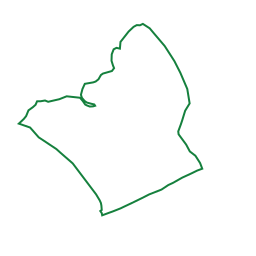 outline of Ngerchemai, Koror, Palau, rotated 320°
{"feature_id": "81905179B39054061568345", "entity_name": "Ngerchemai", "entity_type": "district", "adm_level": 2, "iso_a3": "PLW", "parent_name": "Palau", "parent_adm1": "Koror", "projection": "natural_earth1", "projection_center": [134.491, 7.348], "detail": "fine", "context": "isolated", "style": "outline", "palette": "green", "viewbox_px": 256, "rotation_deg": 320, "n_neighbors": 0, "source": "geoboundaries", "source_scale": "gbopen_adm2", "svg_char_len": 1211}
<svg xmlns="http://www.w3.org/2000/svg" viewBox="0 0 256 256"><g transform="rotate(320 128 128)"><path d="M158.7,206.9L160.7,201.2L161.8,192.6L160.3,185.7L161.9,178.1L162.7,165.4L164.3,162.9L170.8,159.2L174.4,157.0L182.9,151.5L191.0,148.8L198.5,136.2L203.6,119.3L206.0,108.9L206.5,106.8L206.9,103.8L208.8,88.8L208.7,72.7L208.7,65.6L206.3,57.8L203.2,57.0L200.8,54.8L197.3,54.1L190.5,54.5L177.6,57.2L172.8,62.0L170.7,59.2L167.6,58.5L162.9,61.1L158.6,65.9L156.7,70.4L155.8,73.2L152.3,74.0L143.8,70.2L141.3,70.0L136.7,71.7L133.1,71.6L130.7,70.7L123.3,66.4L118.1,68.9L113.3,72.3L112.1,75.2L112.1,79.3L112.8,82.0L115.5,85.9L117.3,88.3L117.1,89.8L115.2,89.0L112.5,87.0L111.0,84.2L110.3,82.5L110.7,78.5L110.7,75.6L110.7,74.0L101.4,64.3L93.9,61.8L83.7,56.6L82.1,53.6L78.2,51.3L75.5,49.1L72.1,50.8L68.6,50.9L63.1,50.5L57.6,53.4L54.0,54.1L47.2,54.5L53.3,64.7L53.6,77.8L59.6,98.1L60.4,103.8L62.9,119.6L60.9,158.4L59.8,165.3L59.0,168.1L57.7,170.4L55.2,173.9L53.4,173.8L53.2,176.3L52.1,178.3L59.1,180.8L62.6,182.1L70.7,184.8L73.9,185.6L83.0,188.0L93.8,190.7L101.6,192.5L114.1,196.7L122.2,197.6L127.0,198.9L133.4,200.1L137.7,200.9L147.6,203.6L153.7,205.1L158.7,206.9Z" fill="none" stroke="#15803d" stroke-width="2"/></g></svg>